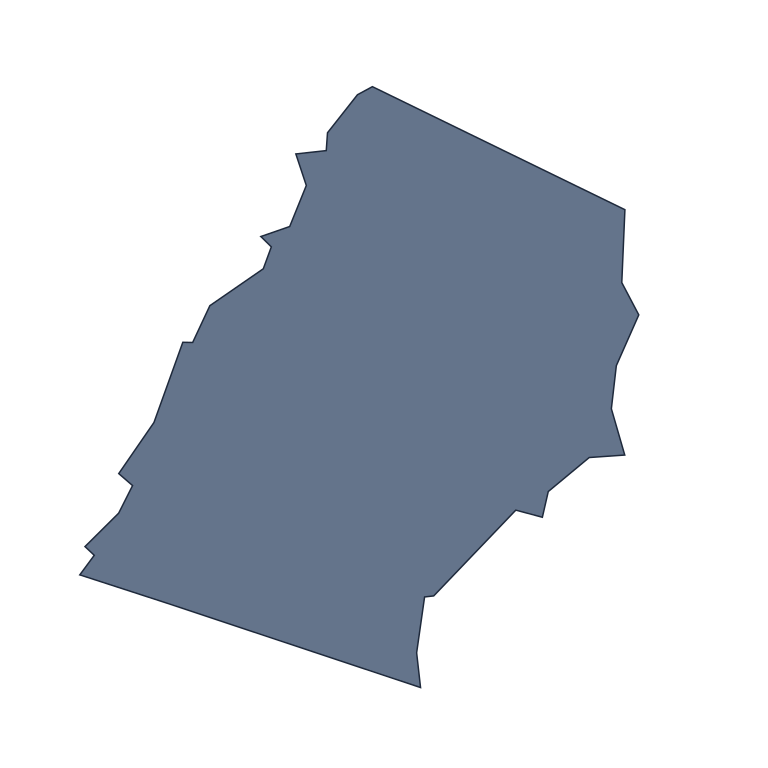 Lunenburg, Virginia, United States of America (orthographic projection), rotated 104°
{"feature_id": "52423323B20701637265595", "entity_name": "Lunenburg", "entity_type": "district", "adm_level": 2, "iso_a3": "USA", "parent_name": "United States of America", "parent_adm1": "Virginia", "projection": "orthographic", "projection_center": [-78.234, 36.948], "detail": "fine", "context": "isolated", "style": "filled", "palette": "slate", "viewbox_px": 768, "rotation_deg": 104, "n_neighbors": 0, "source": "geoboundaries", "source_scale": "gbopen_adm2", "svg_char_len": 602}
<svg xmlns="http://www.w3.org/2000/svg" viewBox="0 0 768 768"><g transform="rotate(104 384 384)"><path d="M669.7,275.1L636.9,287.3L580.8,293.1L577.6,284.5L474.5,225.6L475.0,198.1L448.6,198.6L405.7,167.1L394.7,133.2L353.0,157.4L310.0,163.0L255.3,153.5L228.1,177.8L156.6,192.4L98.3,467.2L109.7,479.7L153.9,499.6L171.5,496.5L182.1,525.2L210.2,507.4L254.0,513.6L270.7,539.2L278.2,526.5L301.4,529.0L350.1,571.9L390.0,579.7L392.2,589.3L477.0,597.9L535.1,619.7L543.4,603.4L573.5,610.2L614.1,634.8L620.3,623.7L642.8,633.0L649.0,543.9L669.7,275.1Z" fill="#64748b" stroke="#1e293b" stroke-width="1.5"/></g></svg>